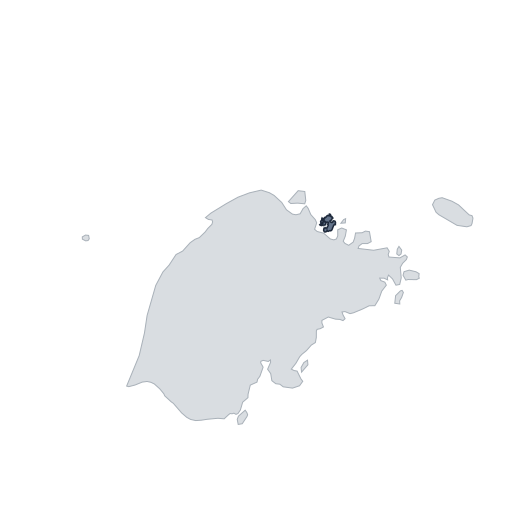 location of Namhae-gun, South Gyeongsang, South Korea, rotated 226°
{"feature_id": "91817680B30407776748413", "entity_name": "Namhae-gun", "entity_type": "district", "adm_level": 2, "iso_a3": "KOR", "parent_name": "South Korea", "parent_adm1": "South Gyeongsang", "projection": "albers", "projection_center": [127.967, 34.823], "detail": "fine", "context": "in_parent", "style": "filled", "palette": "slate", "viewbox_px": 512, "rotation_deg": 226, "n_neighbors": 0, "source": "geoboundaries", "source_scale": "gbopen_adm2", "svg_char_len": 5652}
<svg xmlns="http://www.w3.org/2000/svg" viewBox="0 0 512 512"><g transform="rotate(226 256 256)"><path d="M159.1,129.2L160.7,127.9L160.9,126.1L161.0,120.0L165.7,115.9L172.5,107.4L175.8,102.7L179.5,98.3L183.9,95.4L188.1,94.1L194.8,93.5L207.5,94.2L210.0,93.7L218.8,93.2L220.9,94.0L227.3,94.5L234.5,94.0L238.1,92.7L241.4,90.5L244.3,86.6L247.2,79.4L250.4,73.7L252.3,72.6L265.5,102.8L278.1,122.3L288.9,136.4L304.5,163.5L309.2,178.0L309.8,187.1L312.6,199.5L310.5,206.7L311.3,217.9L310.4,223.7L308.6,228.0L308.6,236.1L309.3,240.5L309.4,246.3L310.7,248.5L312.5,249.4L315.3,247.2L318.7,246.3L318.2,253.3L314.3,271.0L310.8,283.9L306.0,295.1L299.8,305.5L292.2,309.6L286.9,311.1L276.6,311.7L268.1,310.0L260.8,311.3L257.9,313.4L255.7,317.1L257.4,322.8L257.2,327.0L254.0,326.6L247.8,324.2L240.9,323.9L237.7,322.7L234.5,316.7L231.2,317.0L225.4,320.5L216.6,321.3L213.5,323.2L212.4,325.7L213.7,328.8L218.1,333.0L216.6,337.1L212.0,339.2L208.3,334.1L206.0,329.0L203.4,328.7L199.3,330.1L198.5,335.6L200.3,339.3L203.4,343.6L199.0,348.5L197.9,352.0L194.7,354.5L186.3,348.8L187.5,344.8L191.2,341.0L191.7,337.1L190.5,334.7L178.4,344.6L170.8,356.0L166.8,355.1L165.2,352.1L162.9,350.9L154.7,358.2L153.2,364.0L150.2,364.2L149.0,361.7L148.9,356.4L147.6,351.9L139.4,345.3L135.7,339.6L137.8,336.4L144.7,338.3L150.2,338.1L149.1,335.4L147.4,334.1L151.1,332.7L154.2,329.6L151.6,328.7L147.7,330.5L144.5,329.5L143.4,322.1L139.6,314.4L137.7,307.0L141.6,302.8L143.7,296.2L147.4,286.7L149.2,283.6L154.2,281.4L156.0,279.0L153.3,277.7L149.0,276.5L149.1,273.7L152.1,272.3L155.4,269.3L161.9,265.6L163.9,258.7L162.1,256.9L158.1,255.2L159.1,251.7L160.8,249.0L160.2,247.4L155.5,242.8L152.5,238.6L153.5,233.9L152.9,226.7L153.4,220.7L153.2,217.5L151.1,210.1L150.1,202.8L147.2,203.8L144.7,205.6L136.2,202.9L133.4,202.6L132.4,197.2L135.6,190.5L143.0,184.7L147.2,184.1L150.4,181.5L155.3,180.8L161.2,184.9L166.5,185.7L169.4,192.7L171.2,194.2L171.6,191.6L175.9,188.7L176.9,186.4L176.0,185.2L171.1,183.9L166.8,175.3L166.2,171.5L164.6,169.1L167.1,162.2L162.1,154.3L159.7,151.8L160.1,144.8L157.5,140.3L156.1,137.8L155.2,133.5L156.0,131.6L158.3,130.9L159.1,129.2ZM137.5,437.9L135.0,439.4L132.6,438.4L132.0,437.7L129.2,433.8L128.5,431.8L130.5,428.0L138.4,421.9L158.7,416.2L162.4,415.9L170.3,418.6L172.0,423.5L170.5,427.6L168.6,430.4L159.3,435.0L152.0,437.2L137.5,437.9ZM273.7,331.7L268.5,335.9L261.4,330.4L259.7,327.3L265.1,322.7L269.6,317.5L272.6,317.1L273.7,331.7ZM236.1,331.4L235.5,338.0L231.6,338.4L229.2,334.1L226.7,336.2L225.4,336.2L223.5,330.9L223.1,326.7L227.8,323.6L230.6,325.5L234.6,326.5L236.1,331.4ZM133.6,360.1L130.0,361.1L128.0,358.7L126.6,358.0L127.5,355.0L133.4,349.1L134.6,347.0L140.0,348.4L141.9,351.6L139.4,356.4L133.6,360.1ZM153.0,132.1L152.6,141.1L149.6,140.6L147.6,139.7L146.8,138.0L144.9,129.6L147.2,126.2L151.5,129.0L153.0,132.1ZM130.6,335.6L129.8,337.2L127.4,336.7L125.0,331.9L124.0,328.2L121.6,326.1L125.6,323.0L130.5,328.9L130.6,335.6ZM146.1,216.4L145.3,220.7L141.7,217.8L140.8,208.1L144.5,211.0L146.1,216.4ZM389.5,147.9L387.1,149.9L384.2,148.0L383.8,145.9L385.2,144.0L388.7,142.8L390.4,144.3L389.5,147.9ZM162.7,362.3L163.6,365.5L159.0,364.9L156.7,361.7L157.0,359.1L159.7,358.7L162.7,362.3ZM221.3,344.3L220.6,346.4L217.8,343.2L220.6,339.8L221.3,344.3Z" fill="#d9dde1" stroke="#a8b0b8" stroke-width="1"/><path d="M228.1,324.7L228.6,324.4L228.5,323.8L228.2,323.3L227.4,322.4L226.9,322.3L226.3,322.0L225.8,322.0L225.3,322.3L225.0,322.9L224.8,323.3L224.6,323.7L224.7,324.3L224.9,324.7L225.1,325.0L224.6,324.9L224.2,324.8L223.6,325.0L223.4,325.5L223.3,326.1L223.2,326.5L222.9,326.7L222.5,326.9L222.4,327.4L222.1,327.6L222.0,328.0L222.0,328.4L222.6,330.1L223.2,330.9L223.3,331.5L223.5,332.0L224.1,333.0L224.2,333.7L223.9,334.1L223.7,334.3L223.5,334.7L223.4,334.9L223.9,335.2L224.2,335.3L224.4,335.7L224.4,336.1L224.8,336.4L225.3,336.7L226.0,337.0L226.6,336.8L226.8,336.6L227.3,336.4L227.6,335.9L227.4,335.3L227.0,334.8L227.2,334.0L227.6,333.6L228.0,333.5L228.5,333.2L229.2,333.1L229.6,333.2L229.9,333.6L229.8,334.1L229.5,334.6L229.7,335.3L229.7,335.9L229.9,336.5L230.2,336.9L230.1,337.3L229.9,337.6L230.2,337.8L230.7,337.8L231.1,337.7L231.5,337.8L231.8,337.4L232.3,337.3L232.9,337.7L233.1,337.5L233.4,337.0L233.9,337.1L234.0,337.5L233.7,338.1L234.2,338.4L234.8,338.2L235.1,337.9L234.8,337.5L234.4,337.1L234.4,336.4L234.7,336.0L235.3,335.6L235.5,335.3L235.5,334.9L235.4,334.0L235.3,333.2L235.5,332.9L235.5,332.5L235.4,332.1L235.5,331.6L235.9,331.8L235.9,331.1L235.9,330.5L235.3,330.1L234.9,330.3L234.7,330.1L234.4,329.6L233.9,329.5L233.2,329.7L232.6,329.7L232.2,329.6L231.6,329.8L231.3,330.0L231.2,330.6L230.8,330.8L230.5,331.0L230.3,331.3L229.9,331.4L229.4,331.1L229.2,330.5L229.2,330.1L229.2,329.6L228.8,329.5L228.1,329.6L227.7,329.0L227.5,328.3L227.2,327.6L227.0,327.2L226.8,326.5L227.4,326.0L227.7,325.7L228.3,325.3L228.1,324.7ZM233.2,327.2L233.0,326.8L233.2,326.2L233.2,325.9L233.4,325.3L233.6,325.1L234.0,324.4L234.2,324.0L234.2,323.6L233.6,323.6L233.4,323.8L232.7,324.0L232.4,324.2L232.1,324.5L232.0,324.9L231.8,325.4L231.7,325.7L231.4,325.9L231.2,326.2L231.0,326.5L230.7,326.7L230.4,327.1L230.4,327.6L230.6,327.9L230.7,328.2L230.8,328.5L231.0,328.9L231.5,329.1L232.1,329.2L233.2,329.2L233.5,328.7L233.8,328.4L234.0,328.7L234.4,328.8L234.7,328.9L234.9,329.1L235.2,329.2L235.5,329.2L235.7,329.5L236.3,329.6L236.7,329.5L236.9,329.9L237.4,329.9L237.2,329.5L237.0,329.0L236.7,328.7L236.4,328.8L236.1,328.7L235.9,328.4L235.6,328.0L235.9,327.7L236.0,327.6L236.1,327.3L236.1,326.9L235.8,326.3L235.6,326.2L235.1,326.0L234.7,325.6L234.4,325.3L234.3,325.7L234.0,325.9L233.8,326.1L233.8,326.5L233.9,327.0L233.6,327.4L233.2,327.2Z" fill="#64748b" stroke="#1e293b" stroke-width="1.5"/></g></svg>